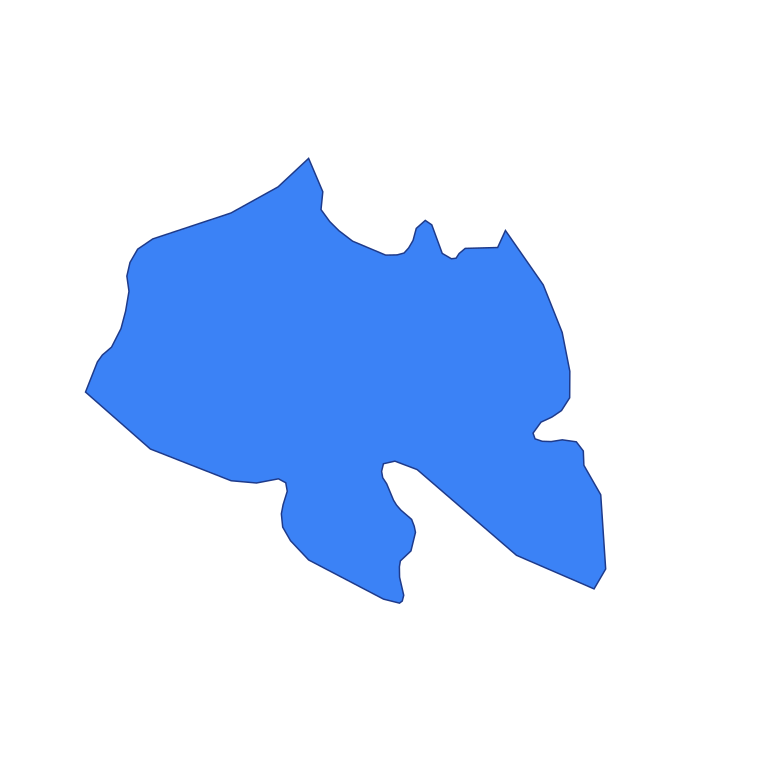 outline of Sevnica, rotated 207°
{"feature_id": "SVN-988", "entity_name": "Sevnica", "entity_type": "Municipality", "adm_level": 1, "iso_a3": "SVN", "parent_name": "Slovenia", "parent_adm1": "", "projection": "mercator", "projection_center": [15.262, 46.004], "detail": "fine", "context": "isolated", "style": "filled", "palette": "blue", "viewbox_px": 768, "rotation_deg": 207, "n_neighbors": 0, "source": "natural_earth", "source_scale": "10m", "svg_char_len": 1191}
<svg xmlns="http://www.w3.org/2000/svg" viewBox="0 0 768 768"><g transform="rotate(207 384 384)"><path d="M562.7,220.0L646.3,241.3L649.4,273.6L648.1,282.0L643.5,293.2L643.5,314.0L647.3,331.6L653.3,350.8L662.1,363.4L665.5,377.0L664.7,392.3L655.9,408.3L598.0,466.9L567.9,511.5L553.6,550.8L525.8,527.5L519.3,510.8L506.1,504.1L493.7,500.1L476.8,497.0L441.0,499.6L430.9,505.0L425.6,509.8L423.8,516.4L423.3,525.1L425.9,537.3L421.5,548.5L413.7,547.5L391.4,526.8L380.8,526.2L376.9,528.8L376.3,534.4L373.2,541.7L344.7,557.2L345.5,575.9L287.1,544.6L248.7,510.9L224.2,479.7L212.3,456.0L213.8,440.9L219.3,430.9L226.8,421.3L228.9,407.9L224.5,403.7L217.0,404.8L208.9,408.6L199.8,415.2L186.4,419.8L176.0,414.8L169.0,402.3L140.6,383.7L102.5,319.8L103.8,296.8L188.2,291.5L315.6,322.8L339.3,320.2L348.3,312.7L346.5,305.1L342.6,299.9L336.3,296.3L322.8,284.8L317.9,281.8L311.7,279.3L297.9,275.9L292.5,271.0L288.6,266.1L284.2,247.5L289.1,233.8L287.3,228.1L282.4,218.9L270.5,204.7L269.2,198.9L270.7,195.8L286.8,192.1L371.2,193.0L396.1,201.9L409.3,210.5L416.5,221.7L419.1,230.6L421.5,244.5L426.7,251.4L435.0,251.6L452.7,237.9L476.3,228.4L562.7,220.0Z" fill="#3b82f6" stroke="#1e3a8a" stroke-width="1.5"/></g></svg>